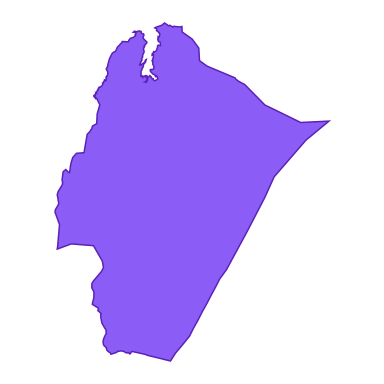 Saltdal nor, Nordland, Norway
{"feature_id": "86288312B61921156724393", "entity_name": "Saltdal nor", "entity_type": "district", "adm_level": 2, "iso_a3": "NOR", "parent_name": "Norway", "parent_adm1": "Nordland", "projection": "mercator", "projection_center": [15.291, 66.881], "detail": "fine", "context": "isolated", "style": "filled", "palette": "violet", "viewbox_px": 384, "rotation_deg": 0, "n_neighbors": 0, "source": "geoboundaries", "source_scale": "gbopen_adm2", "svg_char_len": 5567}
<svg xmlns="http://www.w3.org/2000/svg" viewBox="0 0 384 384"><path d="M57.2,249.1L71.3,243.9L93.5,245.7L102.1,260.7L102.5,262.1L103.1,265.5L103.4,267.3L103.4,267.8L101.3,271.7L93.9,280.4L92.6,282.3L91.9,283.6L91.8,287.5L91.9,288.0L93.9,291.9L93.9,297.3L92.3,304.1L92.4,304.4L98.5,308.2L97.9,310.6L101.1,313.5L100.7,314.8L100.8,316.3L100.9,317.9L101.9,323.1L105.0,328.6L106.0,329.6L106.0,331.9L106.4,333.1L106.4,333.5L105.9,334.0L105.4,334.9L104.3,337.2L103.5,339.2L103.2,340.7L103.1,342.1L103.2,343.2L103.5,344.4L103.6,344.9L104.4,346.0L106.3,347.6L106.5,349.0L106.8,350.1L108.1,351.4L110.3,353.0L110.7,353.6L110.8,354.1L111.1,354.2L116.1,352.6L117.5,351.7L117.5,351.4L121.4,350.9L124.0,351.5L125.1,352.3L126.5,352.9L127.2,352.7L127.6,352.9L128.6,352.6L129.2,353.3L129.3,353.7L129.7,353.9L130.5,353.6L130.8,353.0L130.8,352.8L131.3,351.9L132.5,351.4L132.8,351.6L144.9,354.3L147.7,355.4L170.5,361.0L175.6,353.0L182.2,345.2L189.5,336.2L193.6,328.0L198.2,319.8L202.3,311.7L206.9,303.5L211.1,295.3L215.6,287.0L219.8,278.8L226.4,269.8L247.1,231.6L264.9,197.3L274.1,176.9L306.0,140.1L329.0,121.1L300.7,122.5L264.9,105.0L244.8,84.6L238.7,81.3L235.8,79.2L235.1,77.9L207.0,66.1L199.5,60.6L198.8,48.1L192.2,39.1L182.2,32.0L181.9,26.5L179.7,27.0L173.6,26.3L172.9,27.1L169.9,25.3L168.4,25.7L167.9,25.5L167.3,24.8L164.5,23.0L161.9,25.2L156.9,26.9L155.4,27.5L154.8,27.9L156.1,28.5L156.7,29.1L156.9,29.7L156.5,30.6L157.9,31.6L158.5,32.2L158.7,32.7L159.1,32.7L159.3,33.3L159.9,34.0L159.6,35.3L159.3,36.2L159.3,36.8L158.7,36.7L158.8,36.8L158.7,37.1L158.3,37.2L158.2,37.6L157.8,38.1L157.9,39.5L158.2,39.5L158.1,40.7L158.1,41.0L158.6,41.2L158.7,41.7L160.0,41.9L160.3,43.3L160.5,45.0L160.4,45.5L159.7,45.5L158.6,45.1L158.2,45.2L157.6,45.7L157.5,47.4L157.3,48.0L157.0,48.4L156.7,49.9L156.1,50.8L155.5,51.4L154.5,51.7L154.2,52.1L153.7,51.7L153.4,52.3L152.9,53.5L152.7,53.5L152.7,53.8L152.2,53.9L152.2,54.3L152.1,55.0L152.4,54.8L152.4,55.1L152.6,55.2L153.4,54.9L153.4,55.3L153.4,56.7L153.2,57.4L153.4,57.5L153.4,58.0L152.7,58.9L152.5,59.5L152.5,59.9L152.8,60.5L152.6,61.0L152.2,61.0L152.4,61.5L152.5,61.3L152.8,61.5L152.7,62.1L152.9,63.0L152.8,63.4L152.8,64.3L153.9,66.4L154.0,66.8L153.9,67.5L154.0,67.9L153.4,69.1L151.9,69.6L151.1,69.3L150.2,69.9L150.2,70.7L150.4,71.2L150.8,71.8L152.6,73.7L153.3,74.3L154.5,74.6L155.2,75.6L155.3,75.5L155.8,75.8L155.6,76.0L155.8,76.1L155.6,76.6L155.8,76.8L156.5,76.6L156.8,76.2L156.9,76.4L157.8,78.1L157.8,78.8L157.6,79.2L156.9,79.5L156.6,79.9L154.7,80.7L153.9,80.4L153.4,79.7L153.3,78.8L152.4,78.8L152.0,78.5L151.8,77.9L151.4,77.6L151.0,76.6L149.9,75.6L149.2,76.4L148.3,77.0L147.8,77.7L147.4,78.9L147.5,80.0L146.7,81.6L146.1,82.4L145.7,82.1L144.8,81.9L146.1,81.3L146.8,80.3L146.9,79.6L146.9,78.8L147.2,78.2L147.3,77.3L147.2,76.7L147.2,77.1L146.8,77.0L147.0,76.5L146.1,75.7L146.2,75.9L146.0,76.0L145.5,76.6L145.3,75.8L146.0,75.6L145.7,75.5L144.1,76.4L143.2,76.5L143.1,76.3L142.8,76.4L142.8,76.6L142.5,76.3L142.5,76.7L142.3,76.4L142.0,76.7L141.7,76.5L141.8,76.4L140.9,76.3L140.9,75.7L140.8,75.4L141.0,74.7L141.1,74.1L141.0,73.7L140.9,73.5L141.1,72.6L141.0,72.3L141.0,71.5L141.4,70.6L141.9,70.0L141.9,69.4L141.9,69.0L142.0,68.7L143.1,67.1L143.1,66.9L143.4,66.2L143.4,65.4L143.6,64.5L143.9,63.8L144.5,63.4L145.2,62.3L145.3,61.9L145.6,61.7L145.5,61.4L145.7,61.2L145.6,60.8L145.7,60.4L146.2,59.9L146.3,59.5L145.8,59.7L145.2,60.6L145.0,61.4L145.0,61.8L144.7,62.2L141.1,64.7L141.0,65.0L140.9,65.3L140.0,65.1L139.6,64.7L142.0,59.9L141.9,59.6L141.8,59.3L142.1,57.8L142.7,56.9L142.7,56.7L142.6,56.4L142.6,55.9L142.9,54.5L143.8,52.9L144.1,51.7L144.1,51.0L143.5,49.7L143.7,48.6L143.6,48.3L144.7,46.4L144.6,46.2L144.3,46.1L144.6,45.9L144.5,45.6L144.6,45.3L144.9,44.9L145.6,44.4L146.2,43.5L146.8,42.9L146.9,42.6L146.8,42.0L146.3,41.6L145.6,40.6L144.6,40.0L144.4,39.5L143.9,39.0L143.6,38.9L143.2,38.5L143.1,37.4L143.4,36.4L143.9,35.3L143.9,34.5L143.2,33.7L142.8,33.8L141.5,33.3L141.2,32.7L141.2,31.7L141.0,31.4L140.5,31.5L139.8,30.9L139.5,31.1L137.7,31.2L137.3,31.8L134.4,31.2L133.9,31.8L133.3,32.2L135.1,32.6L135.4,32.8L136.0,33.7L135.1,35.0L135.4,35.4L135.0,36.1L133.5,37.3L130.4,38.3L129.1,39.8L128.4,41.7L128.2,41.8L122.2,41.5L121.7,42.8L120.3,44.1L118.9,45.7L117.8,46.6L117.3,47.4L116.2,50.0L115.2,51.5L113.5,52.3L112.3,53.2L109.6,58.4L108.0,64.1L107.7,65.6L107.7,66.4L106.3,68.7L106.3,69.2L106.4,69.5L107.7,71.8L107.8,72.6L107.6,74.5L107.4,75.3L106.8,76.0L106.9,76.5L106.4,76.6L106.1,76.9L106.3,77.7L106.0,78.0L106.2,78.3L106.1,78.6L106.2,78.9L106.1,79.4L106.3,79.7L106.2,80.3L105.6,80.4L105.2,80.2L105.5,80.7L105.4,80.9L104.3,80.7L103.9,81.3L104.0,81.6L103.8,81.8L103.1,82.5L103.2,82.9L103.0,83.0L102.9,83.3L102.6,83.3L102.8,83.9L102.8,84.3L102.1,85.4L100.2,87.2L99.6,87.4L99.3,87.2L99.2,87.5L98.9,87.6L98.5,88.0L98.4,88.4L97.8,89.7L97.7,89.9L98.0,90.0L97.9,90.2L97.7,90.4L96.9,91.2L96.3,92.7L96.4,93.0L96.2,92.9L96.3,93.1L96.1,93.2L96.0,92.9L95.7,93.2L95.4,94.0L95.4,94.4L95.2,94.6L95.2,94.9L95.2,95.2L95.1,95.5L94.8,95.1L95.0,95.0L94.9,94.9L94.5,95.0L93.9,95.4L93.8,96.1L94.2,96.9L94.7,97.2L95.1,97.2L95.0,97.5L95.5,98.5L95.8,98.3L96.0,98.5L96.4,98.2L96.6,98.3L99.8,104.8L97.2,113.8L96.7,123.3L96.7,123.7L92.6,126.0L92.2,126.8L92.0,128.1L91.6,129.0L91.0,129.6L90.1,131.3L87.2,134.3L84.0,152.7L76.5,153.3L72.8,157.4L71.4,161.7L70.5,165.6L70.1,169.0L69.4,172.6L68.3,172.2L65.9,169.5L63.2,171.6L62.0,180.2L62.5,181.2L62.5,184.4L58.1,191.6L57.5,193.8L57.2,194.8L58.0,198.6L58.3,201.4L58.7,202.1L58.8,202.6L58.4,204.6L55.3,209.8L55.2,211.1L55.0,212.1L59.5,224.5L59.3,227.1L57.6,246.8L57.3,248.1L57.2,249.1Z" fill="#8b5cf6" stroke="#5b21b6" stroke-width="1.5"/></svg>